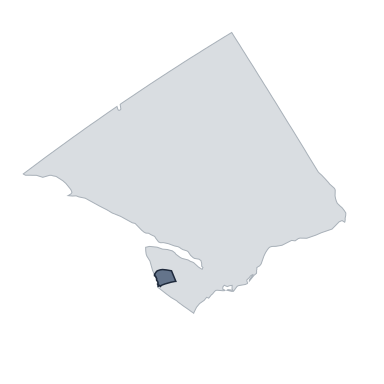 Nuweiba, Janub Sina', Egypt (highlighted), rotated 144°
{"feature_id": "37247803B27009685632556", "entity_name": "Nuweiba", "entity_type": "district", "adm_level": 2, "iso_a3": "EGY", "parent_name": "Egypt", "parent_adm1": "Janub Sina'", "projection": "orthographic", "projection_center": [34.683, 29.314], "detail": "fine", "context": "in_parent", "style": "filled", "palette": "slate", "viewbox_px": 384, "rotation_deg": 144, "n_neighbors": 0, "source": "geoboundaries", "source_scale": "gbopen_adm2", "svg_char_len": 4222}
<svg xmlns="http://www.w3.org/2000/svg" viewBox="0 0 384 384"><g transform="rotate(144 192 192)"><path d="M317.9,305.8L310.9,305.9L303.9,306.0L296.9,306.1L290.0,306.2L283.0,306.2L276.0,306.2L269.1,306.2L262.1,306.2L255.1,306.2L248.1,306.1L241.2,306.1L234.2,306.0L227.2,305.8L220.3,305.7L213.3,305.6L206.3,305.4L202.4,305.3L203.1,303.3L203.5,301.9L203.1,300.9L201.7,300.6L200.8,300.9L198.7,305.0L197.6,305.2L195.1,305.1L187.0,304.8L178.9,304.5L170.8,304.2L162.7,303.9L154.6,303.5L146.6,303.1L138.5,302.7L130.4,302.2L122.4,301.8L114.3,301.3L106.3,300.7L98.2,300.2L90.2,299.6L82.2,299.0L74.2,298.4L66.1,297.7L66.5,292.6L66.8,287.5L67.1,282.4L67.5,277.3L67.8,272.2L68.2,267.1L68.5,262.0L68.8,256.9L69.2,251.8L69.6,246.7L69.9,241.6L70.3,236.5L70.6,231.3L71.0,226.2L71.4,221.1L71.7,216.0L72.1,210.9L72.5,205.7L72.9,200.6L73.3,195.5L73.7,190.4L74.0,185.3L74.4,180.1L74.8,175.0L75.2,169.9L75.6,164.7L76.0,159.6L76.5,154.5L76.9,149.4L77.3,144.2L77.7,139.1L78.1,134.0L78.0,133.0L77.2,129.4L76.6,124.9L76.0,119.4L76.0,117.6L74.7,111.8L74.7,110.2L75.2,109.1L78.6,104.7L79.7,102.4L80.6,99.8L81.1,97.5L80.5,94.0L79.8,90.9L79.7,87.7L79.9,84.6L81.5,82.6L83.5,80.8L84.3,79.6L85.4,78.4L86.2,77.8L87.4,80.7L90.4,81.4L100.5,79.7L111.2,83.0L117.1,84.3L126.3,87.1L131.7,91.2L133.2,91.8L137.3,91.9L139.9,94.3L150.5,96.0L156.0,98.7L159.2,100.9L161.1,101.6L162.8,101.6L165.2,100.9L168.2,99.7L171.5,97.9L178.3,93.2L180.7,92.5L182.2,92.7L184.1,92.7L184.9,91.4L185.9,90.6L186.6,89.5L187.6,88.3L191.0,88.1L198.0,86.2L197.2,87.2L190.8,89.4L193.5,89.8L196.3,89.0L199.4,88.6L200.0,87.6L200.5,85.7L201.1,85.4L203.3,85.9L209.6,89.0L211.2,89.1L215.8,87.6L216.8,87.3L218.2,88.2L221.5,92.0L220.3,91.9L216.8,88.6L216.5,90.2L214.4,92.9L216.9,94.2L219.0,94.7L220.0,96.3L220.7,97.6L222.8,97.1L224.3,95.2L223.6,94.2L223.1,93.1L223.7,93.1L225.1,94.0L229.2,97.6L230.5,98.4L232.1,98.3L235.5,97.4L236.4,97.5L240.9,96.3L241.4,97.2L242.1,98.2L245.8,97.2L251.4,97.3L256.1,96.1L261.4,93.3L261.9,92.9L262.1,93.6L262.8,95.5L264.4,100.4L265.8,104.3L267.5,109.6L268.1,111.6L268.3,113.0L270.9,118.9L272.4,123.7L273.5,127.5L275.1,133.2L275.8,135.2L274.7,136.3L272.4,140.0L270.0,151.7L266.6,160.9L266.2,166.6L265.6,168.7L264.0,171.6L262.0,174.5L258.4,173.0L252.7,167.9L249.4,163.1L245.8,160.0L242.5,155.9L241.6,152.9L241.6,151.1L240.2,146.5L239.2,144.3L235.1,139.3L234.0,136.7L233.1,135.5L232.2,133.9L230.9,127.5L229.3,123.5L227.5,124.5L227.8,126.2L226.1,128.6L225.1,131.2L225.8,133.5L229.1,136.9L229.7,138.4L230.4,141.6L230.2,146.0L230.8,147.5L233.2,150.7L234.1,152.7L234.6,154.3L235.4,155.9L237.9,158.7L241.5,164.1L244.8,167.8L247.3,169.5L248.4,171.3L248.5,175.8L248.3,178.0L250.5,182.0L251.3,184.1L253.4,185.8L254.4,187.7L255.2,190.8L256.5,200.0L258.4,202.2L264.1,214.3L268.9,221.9L271.3,227.6L274.9,234.6L282.0,249.7L286.3,254.4L288.0,257.0L291.1,259.0L294.4,261.9L291.2,261.6L290.4,261.8L289.3,262.3L288.8,264.1L288.6,265.6L289.0,273.2L289.9,277.1L292.8,284.5L294.9,286.7L295.9,288.1L297.4,289.2L304.1,291.6L308.0,296.9L316.9,303.5L317.8,305.4L317.9,305.8Z" fill="#d9dde1" stroke="#a8b0b8" stroke-width="1"/><path d="M262.5,147.2L263.7,147.8L264.4,148.0L265.9,148.5L266.7,148.6L267.3,148.6L270.6,147.5L270.6,147.4L270.5,147.2L270.7,146.9L270.8,146.8L271.0,146.8L271.1,146.7L271.3,146.7L271.5,146.4L271.4,146.3L271.4,146.2L271.4,145.9L271.2,145.7L271.1,145.4L271.0,145.2L271.2,144.9L271.2,144.7L271.1,144.4L271.2,144.2L271.3,144.0L271.3,143.9L271.2,143.8L271.2,143.7L271.3,143.4L271.4,143.2L271.5,143.0L271.5,142.9L271.5,142.7L271.6,142.4L271.8,142.3L272.0,142.2L272.1,141.9L272.3,141.8L272.4,141.6L272.5,141.4L272.5,141.2L272.4,140.9L272.4,140.7L272.4,140.4L272.4,140.2L272.5,140.1L272.5,139.9L272.6,139.7L272.6,139.4L272.5,139.1L272.7,138.9L272.8,138.7L273.0,138.3L273.3,138.1L273.3,137.9L273.4,137.7L273.5,137.5L273.7,137.4L273.8,137.3L273.9,137.2L273.9,136.9L274.0,137.0L274.0,136.9L274.0,136.7L274.3,136.4L274.2,136.3L274.3,136.3L274.5,136.2L274.7,135.9L274.8,135.8L274.8,135.6L274.7,135.5L274.2,135.5L273.7,135.5L273.1,135.5L273.0,135.3L273.1,135.1L273.2,134.8L273.1,134.6L273.1,134.2L271.7,134.4L270.8,134.3L267.9,133.5L261.9,131.3L258.4,129.7L257.6,129.2L254.9,140.3L258.4,143.9L261.4,146.6L262.5,147.2Z" fill="#64748b" stroke="#1e293b" stroke-width="1.5"/></g></svg>